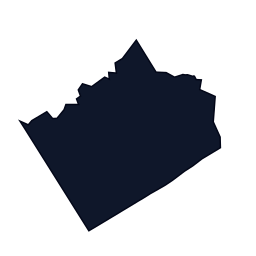 the district of Surry, North Carolina, United States of America, rotated 146°
{"feature_id": "52423323B17834677594816", "entity_name": "Surry", "entity_type": "district", "adm_level": 2, "iso_a3": "USA", "parent_name": "United States of America", "parent_adm1": "North Carolina", "projection": "mercator", "projection_center": [-80.75, 36.399], "detail": "fine", "context": "isolated", "style": "filled", "palette": "ink", "viewbox_px": 256, "rotation_deg": 146, "n_neighbors": 0, "source": "geoboundaries", "source_scale": "gbopen_adm2", "svg_char_len": 757}
<svg xmlns="http://www.w3.org/2000/svg" viewBox="0 0 256 256"><g transform="rotate(146 128 128)"><path d="M72.0,196.2L93.8,188.7L102.3,189.1L106.9,180.0L112.9,184.9L116.2,178.9L118.9,183.2L135.0,182.6L141.0,190.1L147.9,187.4L149.5,181.0L154.4,180.9L155.8,175.1L166.3,182.2L170.8,178.9L181.5,175.7L185.2,178.0L186.2,186.9L203.6,187.9L208.9,186.4L213.7,194.1L213.9,185.7L217.9,64.7L194.0,63.4L159.9,61.7L155.6,61.4L146.0,61.1L142.5,60.8L128.7,59.8L120.1,59.8L105.5,60.6L95.3,60.4L84.1,61.1L83.8,61.1L62.4,60.0L56.7,69.0L53.9,85.4L38.1,105.4L47.1,119.8L40.3,126.9L44.4,130.0L44.0,133.7L44.3,134.3L45.5,134.7L48.8,138.8L51.0,140.1L52.6,141.7L53.9,142.0L61.0,144.1L65.4,152.6L73.5,158.6L72.0,196.2Z" fill="#0f172a" stroke="#020617" stroke-width="1.5"/></g></svg>